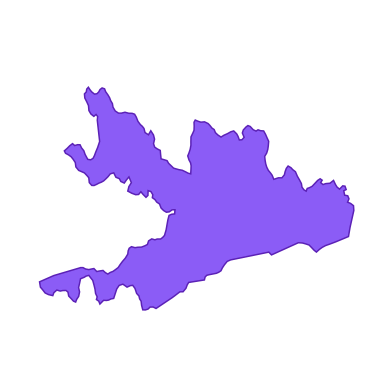 the district of Laje, Bahia, Brazil, rotated 175°
{"feature_id": "56859067B62767322131452", "entity_name": "Laje", "entity_type": "district", "adm_level": 2, "iso_a3": "BRA", "parent_name": "Brazil", "parent_adm1": "Bahia", "projection": "equal_earth", "projection_center": [-39.307, -13.182], "detail": "fine", "context": "isolated", "style": "filled", "palette": "violet", "viewbox_px": 384, "rotation_deg": 175, "n_neighbors": 0, "source": "geoboundaries", "source_scale": "gbopen_adm2", "svg_char_len": 4439}
<svg xmlns="http://www.w3.org/2000/svg" viewBox="0 0 384 384"><g transform="rotate(175 192 192)"><path d="M32.4,159.5L32.3,164.3L35.0,166.8L37.9,168.3L36.2,171.5L37.2,174.7L40.2,175.5L40.7,180.0L38.2,181.0L39.1,184.5L41.3,185.0L44.8,182.0L47.1,184.3L48.4,186.9L50.0,191.2L53.8,188.7L58.1,188.7L60.8,188.0L63.0,190.1L61.3,192.4L63.2,194.0L65.8,192.6L68.9,189.8L71.8,187.2L74.5,186.1L76.9,185.5L78.2,182.9L80.3,184.4L82.0,187.2L82.3,190.9L83.7,194.3L85.7,198.6L87.2,203.2L89.7,205.5L91.3,207.6L94.0,209.5L96.0,207.3L97.4,204.3L98.5,201.0L101.2,198.3L104.7,198.6L109.4,197.5L110.7,201.7L112.0,203.9L114.1,207.0L115.4,210.3L116.1,213.6L116.4,217.2L116.5,221.1L114.2,224.3L112.8,227.8L112.0,231.2L111.2,235.8L112.5,239.4L113.7,243.0L115.3,246.6L118.4,247.1L120.8,248.2L122.9,247.1L125.6,248.7L128.3,252.2L130.5,253.3L132.6,252.0L135.5,249.3L136.7,246.4L135.3,241.9L137.7,239.7L140.3,239.7L141.3,243.4L142.4,246.0L145.1,249.2L148.1,248.6L151.4,247.1L155.4,245.7L158.3,244.2L161.2,246.5L163.5,249.1L164.5,252.3L166.5,253.9L168.4,256.8L170.0,258.8L173.4,260.8L177.1,260.8L180.1,262.1L182.5,263.4L183.9,261.3L184.1,257.4L184.6,253.3L186.0,250.7L188.2,247.0L188.7,242.4L189.0,238.7L190.1,234.7L191.7,231.0L193.1,228.3L192.2,224.2L190.9,221.2L190.6,218.2L191.0,215.0L191.7,210.2L194.3,211.1L196.4,212.5L199.8,214.5L203.1,215.4L205.8,216.4L208.3,217.4L210.6,220.1L212.8,222.6L214.1,225.4L217.0,226.6L219.9,227.7L220.0,232.1L220.0,236.2L222.9,238.0L225.3,240.0L226.1,243.5L224.7,247.9L225.4,252.2L227.7,256.6L230.4,252.8L233.6,255.3L234.3,259.5L235.8,261.8L237.6,263.7L239.7,267.1L241.0,271.5L242.4,274.5L244.8,275.6L248.0,275.9L251.8,277.3L255.5,276.7L258.4,277.0L261.4,279.4L263.3,283.4L263.6,287.1L265.1,290.2L265.8,292.9L267.2,295.9L269.3,299.5L270.1,302.4L272.5,303.5L274.7,302.1L276.2,299.8L278.1,298.2L280.6,298.0L283.3,300.6L284.8,302.9L286.1,305.4L287.9,303.7L288.6,300.9L290.6,299.1L290.6,295.0L288.9,290.8L287.6,287.1L287.6,282.1L285.9,278.5L283.2,275.9L280.8,277.6L279.4,275.4L280.1,271.8L279.6,250.4L282.1,244.6L284.5,240.0L286.0,236.8L287.6,234.2L290.1,232.9L293.0,233.6L295.2,238.7L296.2,242.6L298.2,245.6L299.4,248.8L301.8,249.1L304.8,248.5L306.8,250.6L309.8,248.7L312.6,246.3L315.6,244.1L314.6,241.6L311.7,239.7L309.3,237.6L307.4,234.7L305.7,231.5L305.5,227.1L303.0,223.4L300.4,222.0L297.5,220.4L295.2,217.5L293.6,215.2L293.5,210.3L291.3,207.3L289.0,207.0L286.4,207.9L284.1,208.9L281.4,209.7L279.0,210.8L276.8,212.5L274.4,214.5L271.8,217.2L268.3,217.9L266.5,213.3L263.2,211.6L262.0,208.7L258.7,206.8L256.2,209.8L253.5,212.5L252.5,209.4L251.6,206.6L254.4,202.9L255.9,198.5L252.1,196.0L248.3,194.2L245.4,194.2L242.9,196.7L240.9,193.8L238.3,190.7L236.2,192.4L235.6,197.2L232.9,196.0L231.3,192.7L232.0,189.8L229.6,187.7L228.0,185.0L225.4,182.9L224.2,178.7L221.9,176.0L219.3,174.1L216.4,174.2L213.3,176.0L210.5,175.8L211.2,171.7L214.3,171.6L216.9,170.7L218.5,166.2L221.1,156.5L223.2,151.1L225.3,149.2L227.4,147.9L230.8,148.2L233.1,147.6L236.2,148.8L239.5,147.1L241.0,143.6L243.7,142.5L247.2,141.5L250.8,141.7L253.6,141.5L257.1,142.8L259.5,141.4L260.7,139.0L261.4,135.7L264.2,131.9L267.2,129.0L269.8,126.1L272.1,123.2L274.6,121.6L277.6,119.8L280.4,119.0L283.0,117.6L285.3,119.2L287.5,121.6L290.7,121.4L293.8,121.1L296.4,124.3L299.2,124.0L301.6,123.7L304.8,124.6L307.2,126.2L309.4,126.4L337.0,120.8L351.7,115.8L351.3,110.4L349.3,107.6L347.1,104.2L343.9,102.3L339.7,100.9L338.4,103.7L335.2,106.1L331.9,104.8L329.4,105.1L326.1,104.9L324.3,103.1L323.9,99.1L321.5,96.1L319.6,93.6L317.5,92.5L316.3,95.0L314.0,97.9L312.7,102.3L313.3,106.7L312.0,110.7L310.6,115.3L306.9,116.4L304.7,117.5L302.0,117.9L300.6,115.6L298.6,112.6L297.7,107.7L297.1,103.7L296.9,99.3L295.6,95.8L296.6,93.2L294.4,91.4L293.5,88.4L289.5,91.8L286.6,91.4L284.4,91.6L282.2,92.5L279.3,92.8L277.7,96.6L275.4,102.0L272.7,105.3L268.9,106.2L267.1,104.7L265.0,102.9L261.6,104.1L259.2,104.2L257.2,100.9L256.0,95.8L253.9,93.0L253.5,90.1L252.2,87.6L252.1,83.6L251.3,78.9L248.7,78.6L246.0,79.2L243.8,81.0L240.7,80.8L238.0,79.1L220.9,88.5L218.3,90.1L212.8,93.6L209.6,93.4L206.4,96.6L204.9,99.8L203.2,102.2L187.3,103.3L186.4,106.1L184.6,107.7L182.3,108.1L174.8,108.9L172.4,109.7L170.0,111.0L168.4,113.7L166.1,116.6L163.0,119.8L159.4,121.0L120.7,125.4L118.3,122.4L90.5,132.2L86.5,131.6L83.3,130.4L80.0,129.0L77.7,126.2L75.5,123.4L73.3,121.3L70.1,123.7L67.1,125.5L63.6,127.0L58.9,128.2L53.2,129.8L40.0,134.0L37.6,143.1L32.4,159.5Z" fill="#8b5cf6" stroke="#5b21b6" stroke-width="1.5"/></g></svg>